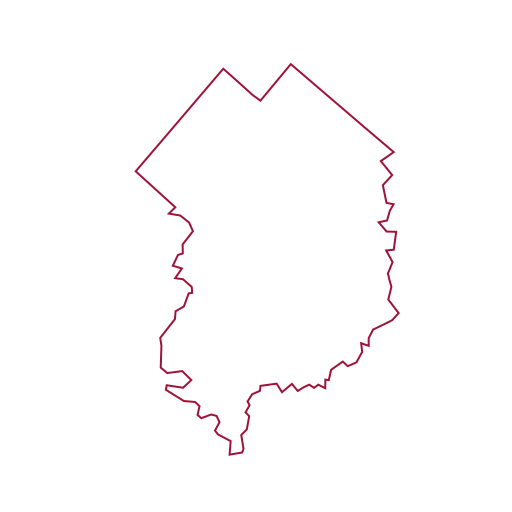 Arkansas, Arkansas, United States of America (orthographic projection), rotated 39°
{"feature_id": "52423323B37981066335759", "entity_name": "Arkansas", "entity_type": "district", "adm_level": 2, "iso_a3": "USA", "parent_name": "United States of America", "parent_adm1": "Arkansas", "projection": "orthographic", "projection_center": [-91.279, 34.253], "detail": "fine", "context": "isolated", "style": "outline", "palette": "rose", "viewbox_px": 512, "rotation_deg": 39, "n_neighbors": 0, "source": "geoboundaries", "source_scale": "gbopen_adm2", "svg_char_len": 1386}
<svg xmlns="http://www.w3.org/2000/svg" viewBox="0 0 512 512"><g transform="rotate(39 256 256)"><path d="M112.7,131.1L110.3,225.9L109.2,265.9L162.6,268.9L161.6,277.9L171.7,272.2L182.9,272.1L191.4,276.4L191.7,293.2L197.5,300.1L194.7,304.3L197.5,315.9L206.3,312.3L207.1,324.1L213.9,320.0L225.5,320.5L229.6,324.8L227.2,327.4L231.7,340.6L228.3,349.6L232.7,356.0L233.1,379.9L239.0,385.3L252.2,402.7L260.7,402.8L271.1,391.9L283.8,393.1L282.2,404.3L268.0,412.6L270.1,416.7L291.2,414.1L300.5,407.8L306.6,408.2L310.6,416.3L315.5,416.5L320.9,407.4L326.0,405.1L332.2,408.1L334.0,417.5L338.7,418.6L352.8,415.8L360.5,427.0L368.9,417.4L367.6,413.7L357.2,404.4L358.0,396.6L351.5,384.7L346.3,384.1L344.9,376.0L341.0,374.4L340.0,365.9L343.9,358.4L341.2,354.1L352.4,342.2L361.9,345.5L364.4,332.8L373.4,334.6L375.4,328.6L378.3,322.5L384.1,321.9L385.4,316.8L393.0,315.2L387.7,308.4L390.7,306.7L386.0,297.2L389.9,283.4L396.6,283.9L401.0,275.5L398.9,263.7L392.6,257.6L400.1,254.9L395.3,249.0L393.3,239.5L402.2,220.4L402.8,210.6L386.2,206.6L380.6,194.7L373.0,189.4L372.0,188.3L371.3,187.8L369.8,187.0L369.5,186.5L366.0,174.8L353.7,169.8L359.1,164.4L349.7,149.0L342.1,154.8L330.1,152.6L335.5,145.9L331.6,136.8L330.3,129.2L324.0,132.6L310.0,121.1L310.9,107.4L293.3,103.7L297.6,88.6L259.0,87.7L162.3,85.0L161.7,132.5L152.5,133.0L124.8,131.6L112.7,131.1Z" fill="none" stroke="#9f1239" stroke-width="2"/></g></svg>